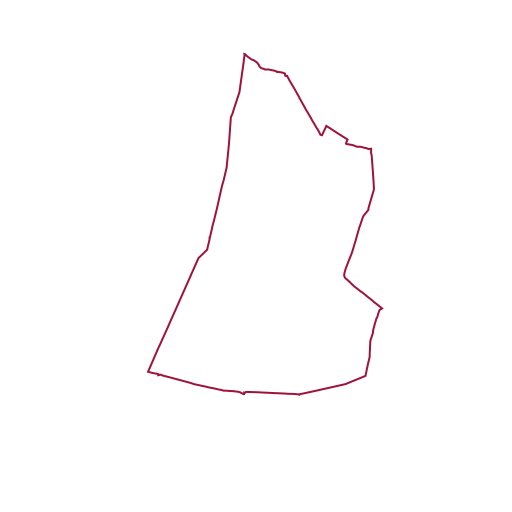 outline of Buftea, Ilfov, Romania, rotated 320°
{"feature_id": "2599482B99288880731424", "entity_name": "Buftea", "entity_type": "district", "adm_level": 2, "iso_a3": "ROU", "parent_name": "Romania", "parent_adm1": "Ilfov", "projection": "robinson", "projection_center": [25.955, 44.56], "detail": "fine", "context": "isolated", "style": "outline", "palette": "rose", "viewbox_px": 512, "rotation_deg": 320, "n_neighbors": 0, "source": "geoboundaries", "source_scale": "gbopen_adm2", "svg_char_len": 4087}
<svg xmlns="http://www.w3.org/2000/svg" viewBox="0 0 512 512"><g transform="rotate(320 256 256)"><path d="M200.0,390.2L200.5,389.9L201.0,390.2L202.0,390.7L204.4,392.0L205.9,392.8L206.7,393.2L211.0,395.5L214.8,397.5L223.0,401.7L223.1,401.8L242.3,411.7L250.9,414.4L252.4,414.9L262.8,418.2L265.1,416.4L266.9,415.0L268.8,413.4L269.5,412.9L269.8,412.7L271.6,411.3L274.2,409.3L275.2,408.6L277.4,407.0L278.6,405.9L280.0,404.3L281.4,402.7L283.0,401.1L283.4,400.6L288.8,394.7L290.7,393.4L290.8,393.4L296.6,389.8L297.3,388.7L302.8,384.8L303.2,384.5L306.9,382.1L308.3,381.1L309.3,381.0L313.2,378.3L314.0,377.9L315.5,377.0L315.8,376.8L317.4,377.0L318.6,377.2L318.9,377.2L318.6,376.0L318.1,373.1L316.8,367.1L316.5,365.0L316.3,363.9L316.3,363.7L315.5,360.1L315.2,358.4L314.0,352.1L313.4,350.4L313.2,349.2L312.1,344.1L311.7,342.3L311.2,337.9L311.1,336.2L310.2,330.3L310.4,329.1L310.7,328.1L311.6,327.0L312.8,325.9L314.4,324.8L316.5,323.4L323.7,319.4L325.4,318.5L325.8,318.3L327.1,317.6L331.2,315.4L334.0,313.6L335.9,312.4L338.1,310.9L340.1,309.6L342.9,307.8L346.6,305.2L347.1,304.9L347.7,304.5L348.4,304.0L350.7,302.5L352.9,300.9L353.5,300.5L354.7,299.9L362.4,295.2L364.4,294.3L371.8,292.9L372.8,291.7L381.5,285.9L386.3,282.7L388.5,281.3L389.9,279.9L395.4,272.5L408.5,254.4L408.8,253.8L409.7,252.6L410.0,251.7L410.7,250.6L412.1,249.1L412.8,248.3L413.1,247.8L412.7,247.6L412.1,247.2L411.5,246.7L410.7,246.1L410.2,244.8L409.6,244.0L408.9,243.2L408.5,242.6L407.0,240.5L406.0,239.1L405.6,238.8L404.5,238.1L403.2,236.7L402.7,235.6L402.0,234.3L401.8,233.9L401.7,233.8L401.4,233.3L400.9,232.6L398.8,230.1L398.3,229.5L397.2,228.4L397.3,227.6L401.0,225.6L397.5,214.6L395.7,208.6L393.5,201.6L384.2,205.9L383.5,204.9L383.3,204.5L384.0,201.9L384.7,198.3L384.6,197.8L385.6,192.2L386.1,188.8L387.0,184.3L388.1,177.6L388.2,176.8L389.9,167.9L390.6,164.6L390.6,163.5L390.8,162.9L391.1,162.4L392.9,152.8L394.5,143.0L395.1,140.4L395.2,139.4L395.7,138.2L395.6,137.8L394.8,137.4L394.3,136.9L395.4,134.7L394.5,133.1L393.9,132.2L393.6,131.8L392.5,130.6L391.6,129.5L391.3,129.1L390.4,128.7L390.3,127.8L390.1,127.4L389.1,125.7L388.2,124.6L385.2,120.8L385.1,120.7L384.7,120.5L384.1,120.1L382.9,119.1L382.5,118.3L382.3,117.6L381.4,116.5L380.8,115.4L380.6,114.4L380.5,113.1L380.9,111.4L381.0,111.3L381.1,109.9L381.1,108.5L381.1,108.1L380.9,107.5L380.1,104.5L378.9,102.5L378.8,102.2L378.7,101.8L378.4,100.7L378.2,99.6L377.9,98.6L377.6,97.1L377.5,96.6L377.4,96.2L377.4,95.8L377.4,94.3L377.3,94.2L377.0,93.8L376.8,94.2L376.8,94.3L376.6,94.5L375.5,95.5L372.9,97.9L369.0,101.5L367.8,102.6L362.3,107.5L356.1,113.1L355.1,114.0L354.1,114.9L348.7,119.8L333.1,129.5L329.4,131.9L326.0,133.5L315.9,143.9L307.8,152.3L290.3,169.4L279.9,177.2L278.1,178.4L275.2,180.3L257.4,193.9L247.7,201.0L246.4,202.0L246.2,202.1L242.0,205.0L239.5,207.0L238.4,207.8L232.6,212.2L232.3,212.0L231.3,213.2L230.5,213.9L228.3,215.5L224.9,218.0L224.2,218.6L222.5,219.8L221.3,219.9L210.9,220.6L210.7,220.6L205.5,223.1L204.1,223.8L179.4,235.9L170.0,240.5L160.6,245.1L151.1,249.7L141.8,254.3L128.5,260.7L124.6,262.6L123.8,262.9L123.5,263.0L119.3,265.1L117.7,265.9L98.9,275.3L101.4,278.9L102.8,280.7L103.9,281.8L104.5,282.7L104.8,283.2L105.2,283.7L104.5,284.5L106.6,285.5L108.0,288.1L110.5,291.5L121.8,307.6L122.0,307.9L123.6,310.2L125.3,312.8L125.7,313.5L125.8,313.7L125.8,313.9L125.9,314.0L126.0,314.2L126.2,314.4L127.8,316.4L129.3,318.3L130.8,320.3L132.9,322.9L134.8,325.5L135.9,327.0L138.2,329.7L140.7,333.1L142.8,335.7L144.0,337.3L144.4,338.0L144.5,338.2L147.1,340.5L149.3,342.7L149.7,343.2L149.9,343.3L150.3,343.6L150.6,343.9L151.0,344.3L151.5,344.6L151.9,345.1L152.0,345.4L152.6,345.9L154.1,347.5L154.3,347.8L154.8,348.2L155.7,349.5L156.2,350.1L156.8,351.8L157.1,352.4L157.5,353.2L157.7,353.8L158.1,354.1L159.1,353.1L159.3,353.6L159.5,353.7L160.4,353.6L161.0,353.7L164.3,356.6L170.6,362.3L173.9,365.4L177.3,368.5L180.6,371.6L184.9,375.5L189.0,379.3L190.5,380.7L192.2,382.4L193.2,383.2L194.6,384.5L195.6,385.3L196.0,385.7L196.4,386.1L197.4,387.1L199.0,388.7L199.8,389.5L199.9,389.8L199.9,390.1L200.0,390.2Z" fill="none" stroke="#9f1239" stroke-width="2"/></g></svg>